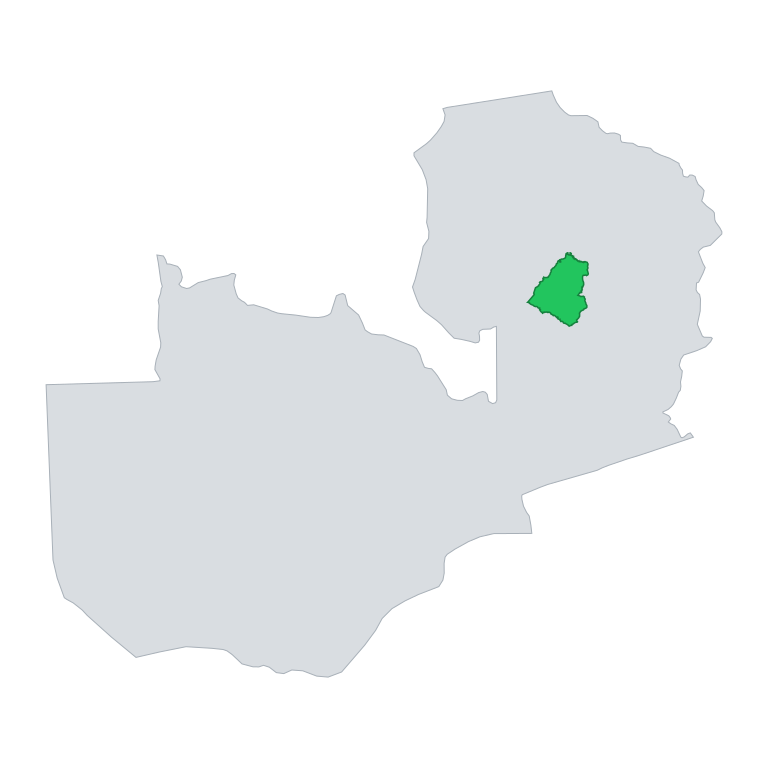 Kanchibiya, Muchinga, Zambia (highlighted)
{"feature_id": "96606910B88888220258727", "entity_name": "Kanchibiya", "entity_type": "district", "adm_level": 2, "iso_a3": "ZMB", "parent_name": "Zambia", "parent_adm1": "Muchinga", "projection": "orthographic", "projection_center": [30.974, -11.535], "detail": "fine", "context": "in_parent", "style": "filled", "palette": "green", "viewbox_px": 768, "rotation_deg": 0, "n_neighbors": 0, "source": "geoboundaries", "source_scale": "gbopen_adm2", "svg_char_len": 9328}
<svg xmlns="http://www.w3.org/2000/svg" viewBox="0 0 768 768"><path d="M531.8,533.4L493.7,533.6L479.9,536.8L468.5,541.6L455.0,549.1L447.2,554.3L445.1,557.1L444.1,563.4L444.2,573.1L442.9,580.1L438.8,586.6L418.4,594.5L405.0,600.9L392.0,608.6L382.2,618.4L375.6,630.4L364.6,645.3L341.6,672.0L328.1,677.1L316.7,676.1L302.8,670.8L291.8,670.0L283.8,673.6L276.3,672.6L269.3,667.2L263.5,665.3L258.9,666.9L252.9,666.8L242.0,663.9L232.3,654.7L227.1,650.9L223.1,649.5L211.8,648.3L186.0,646.7L159.4,652.0L136.0,657.4L111.3,637.0L87.3,615.5L82.2,610.0L73.2,602.9L66.8,599.4L64.3,597.7L57.2,578.1L53.0,560.0L46.1,384.7L153.0,381.7L159.9,380.8L160.1,378.9L154.9,369.6L155.1,366.3L156.2,359.9L160.6,347.1L160.8,342.8L158.2,329.0L158.2,321.3L159.1,305.7L158.2,300.4L160.6,293.3L161.3,288.6L162.3,286.6L160.9,281.3L158.3,262.7L156.9,255.0L163.4,256.0L165.6,259.8L166.9,263.9L169.9,264.1L177.6,266.4L180.4,269.8L182.3,277.2L181.3,281.0L178.9,284.2L181.4,286.8L186.6,288.5L189.6,287.9L198.2,282.6L206.1,280.6L210.2,279.2L228.0,275.5L231.5,273.6L234.0,273.5L235.8,274.9L234.3,280.2L233.8,285.0L236.2,293.8L238.0,297.9L241.7,300.8L244.5,302.3L247.5,305.4L253.7,304.8L267.5,309.0L271.7,311.0L277.5,313.0L281.6,313.7L295.7,315.1L310.6,317.3L318.4,317.5L323.8,316.7L327.6,315.4L330.0,313.9L331.0,312.7L336.4,295.8L339.3,294.4L342.9,293.5L345.1,295.0L347.7,305.6L358.6,315.0L362.4,323.0L365.1,329.9L367.5,331.7L371.6,334.0L378.2,334.8L384.0,335.0L413.1,346.4L416.4,348.5L420.0,354.7L422.2,361.8L424.5,367.3L428.3,368.4L431.6,368.8L435.0,372.6L437.5,375.9L446.2,389.7L447.4,395.2L451.6,398.8L457.3,400.3L462.5,400.5L465.5,398.8L472.8,395.9L478.6,392.6L482.8,391.5L485.3,392.2L487.2,394.4L488.5,401.3L492.6,403.6L495.6,402.7L496.8,400.0L496.8,398.6L496.4,326.4L493.8,327.0L490.4,329.0L482.8,329.3L479.8,330.8L478.9,333.1L479.5,336.2L479.6,340.2L478.5,342.2L475.2,342.9L470.3,341.4L461.4,339.4L454.1,338.2L448.7,332.8L441.5,324.7L436.8,320.6L425.4,312.2L423.5,310.5L420.0,306.5L417.0,299.8L414.1,292.0L412.5,287.0L415.2,279.4L421.6,254.3L423.1,246.5L428.6,238.5L428.9,231.4L426.6,222.4L427.1,217.4L427.7,188.7L426.1,179.7L422.3,169.7L414.0,155.8L414.0,152.8L426.6,143.6L430.4,140.2L436.9,132.8L441.3,126.5L444.1,121.4L445.1,114.9L442.9,108.7L447.3,107.4L551.8,90.9L553.3,95.2L556.5,102.3L560.1,107.5L564.6,112.1L568.4,114.9L570.9,115.7L587.1,115.5L592.9,118.3L597.9,121.8L599.1,127.3L602.4,130.7L606.0,133.4L607.6,133.7L610.2,133.1L614.5,133.0L618.5,134.2L620.4,135.4L620.6,140.0L621.8,142.1L627.2,142.9L632.8,143.3L638.1,146.4L643.9,147.0L650.6,148.3L653.7,151.6L660.8,155.1L669.5,158.2L679.0,163.4L679.2,164.9L680.8,167.9L682.5,170.1L682.6,173.3L683.4,176.2L685.8,176.9L687.9,177.1L689.8,175.0L692.3,175.1L695.1,176.5L696.1,179.9L698.2,184.4L701.7,187.6L704.1,190.6L703.2,196.0L701.7,201.0L706.5,206.0L712.7,210.7L714.3,212.8L714.8,219.7L715.7,222.1L719.9,227.9L721.9,231.8L721.8,234.0L710.3,245.4L703.3,247.1L700.3,249.4L698.4,251.8L702.8,263.2L705.2,267.6L703.1,273.0L698.6,282.2L696.5,283.0L696.1,289.9L697.4,292.5L699.6,294.5L700.5,299.2L700.2,311.0L697.3,324.3L702.3,336.0L704.0,337.2L711.1,337.4L712.3,338.4L710.6,341.7L705.6,346.8L696.6,350.7L683.7,355.0L680.9,359.1L679.2,365.3L680.6,368.9L682.3,370.9L681.7,376.3L680.5,381.9L680.9,386.3L680.3,390.3L678.6,392.2L676.3,398.1L673.5,404.0L671.3,406.7L668.0,409.5L662.9,411.9L663.0,413.0L668.8,415.8L670.2,417.7L670.7,419.0L668.3,422.0L671.0,423.9L674.2,425.4L677.2,429.4L680.7,436.9L681.3,437.6L682.3,437.7L684.2,436.9L687.7,433.9L690.3,432.9L693.4,437.2L639.7,455.2L627.1,459.0L608.4,465.4L602.3,467.8L597.4,470.2L547.6,484.5L539.9,487.4L522.3,494.7L521.7,495.9L521.9,499.3L523.5,506.2L526.6,512.4L529.2,516.0L530.9,525.3L531.8,533.4Z" fill="#d9dde1" stroke="#a8b0b8" stroke-width="1"/><path d="M535.5,287.7L533.7,293.2L534.0,293.5L534.0,294.3L534.2,294.6L528.0,301.9L527.6,302.3L528.9,302.5L529.0,302.6L529.1,303.0L529.4,303.2L529.6,303.1L529.7,303.4L530.0,303.7L531.2,304.5L533.1,305.2L534.1,306.1L535.5,306.6L536.8,306.5L537.4,306.9L538.1,307.9L538.9,308.1L539.1,308.0L539.3,308.0L539.1,308.3L539.2,308.5L539.3,308.5L539.5,309.1L539.7,309.3L539.7,309.2L539.9,309.2L539.8,309.5L540.2,309.5L540.3,309.6L539.9,310.0L540.2,310.2L540.1,310.4L540.3,310.8L540.5,311.1L540.7,311.3L541.1,311.9L541.3,312.0L541.6,312.2L541.9,312.3L542.1,312.6L542.3,312.9L542.4,312.7L542.5,312.8L542.7,312.6L542.8,312.7L542.9,312.9L543.0,312.8L543.1,313.0L543.1,312.8L543.8,312.6L543.7,312.4L544.1,312.1L544.3,312.2L544.7,312.1L545.8,312.2L546.5,312.0L547.3,312.3L547.5,312.1L547.9,312.2L548.1,312.5L548.5,312.3L548.8,312.1L549.2,312.2L549.3,312.3L549.7,312.3L550.1,312.6L550.3,312.8L550.5,312.9L550.5,313.0L550.4,313.1L550.8,313.9L551.0,314.0L551.2,313.9L551.5,314.3L551.9,314.4L552.1,314.5L552.3,314.6L552.5,315.0L553.0,315.0L553.6,315.4L553.6,315.5L554.0,315.3L554.5,315.5L555.4,316.1L556.3,317.1L556.5,317.2L557.5,317.0L557.9,317.1L558.0,317.7L557.9,318.0L558.1,318.3L558.0,318.6L557.9,318.6L558.1,318.8L558.1,319.0L558.6,319.1L558.9,319.2L559.0,319.3L559.3,319.4L559.7,319.6L559.9,320.0L560.0,319.9L560.0,320.1L560.3,320.3L560.3,320.5L560.5,320.6L560.8,321.5L561.2,321.5L561.3,321.4L561.5,321.4L561.9,321.4L562.3,321.4L562.6,321.5L563.3,322.4L563.3,322.7L563.5,323.0L564.5,323.3L565.4,323.3L565.9,323.8L566.8,324.2L567.9,325.0L568.3,325.2L568.4,325.3L568.6,325.8L569.1,326.0L569.6,326.1L570.4,325.5L571.1,325.4L571.8,325.4L571.9,325.2L571.9,324.5L573.4,323.9L574.2,323.1L575.3,322.5L576.0,322.3L577.1,322.2L577.5,321.8L576.9,321.1L576.6,319.9L577.2,319.5L578.2,318.4L578.6,318.0L578.9,317.6L579.2,316.8L579.5,316.6L579.6,316.2L579.6,315.2L579.7,314.8L579.5,314.1L579.5,313.7L579.4,313.3L579.5,313.0L579.8,312.9L579.8,312.7L580.0,312.2L580.4,311.9L580.6,311.4L581.9,310.6L582.3,310.3L583.5,309.9L583.8,309.4L584.1,308.7L584.7,308.7L585.5,308.3L585.9,308.2L586.6,307.6L586.9,307.1L586.8,306.6L586.9,306.1L586.8,305.3L586.3,304.7L586.0,304.1L585.8,302.9L585.1,301.4L584.8,300.4L584.8,300.2L585.1,299.7L585.1,298.9L584.5,298.2L584.3,297.4L584.4,297.0L583.8,296.6L583.6,296.3L583.4,296.2L582.7,296.4L581.9,296.3L581.3,296.5L580.9,296.6L580.2,296.1L577.9,295.3L578.0,295.2L578.4,295.1L578.3,294.8L578.5,294.6L578.9,293.9L579.4,293.5L579.4,293.3L579.4,293.2L580.0,292.8L580.0,292.6L580.4,292.5L580.6,292.6L580.6,292.4L580.8,292.5L580.9,292.3L581.1,292.3L581.0,292.2L581.2,291.9L581.3,291.9L581.6,291.3L581.8,291.0L581.8,290.7L581.9,290.4L582.0,290.2L581.9,290.2L582.0,290.1L581.9,289.7L582.0,289.5L582.0,289.3L581.9,289.0L582.1,288.8L582.0,288.0L582.1,287.9L582.0,287.6L582.2,287.4L582.1,287.2L582.3,287.2L582.6,287.2L582.8,286.9L582.7,286.6L583.0,286.3L583.0,286.1L583.2,285.9L583.2,285.7L583.6,285.1L583.6,284.5L583.7,284.4L583.6,282.6L583.5,282.1L583.1,281.3L582.7,280.0L582.6,278.8L582.5,278.4L582.6,276.6L583.0,275.5L583.2,275.3L584.6,275.3L585.1,275.1L585.5,275.1L586.1,275.2L586.5,275.6L587.2,275.2L587.9,274.8L588.3,273.8L587.5,270.6L587.1,270.1L587.0,269.9L587.8,268.7L587.7,268.2L587.9,267.8L587.8,267.5L587.8,267.3L587.6,266.9L587.5,266.5L587.8,265.7L587.7,265.6L587.7,265.4L587.6,265.2L587.7,264.9L587.8,264.9L588.0,264.5L588.0,263.9L587.5,263.2L587.2,263.3L587.4,263.1L587.4,262.9L587.3,262.5L587.2,262.5L587.1,262.4L586.6,262.2L586.2,262.0L585.9,262.0L585.4,261.8L585.2,261.7L585.1,261.9L584.7,261.8L584.6,262.1L584.4,262.1L584.3,261.9L583.8,261.8L583.6,262.1L583.5,261.9L583.0,262.1L582.9,262.1L583.0,262.3L582.9,262.3L582.5,262.2L582.4,262.2L582.3,261.9L581.9,261.7L581.7,261.8L581.4,261.7L580.8,261.7L580.7,261.4L580.3,261.7L580.2,261.5L579.7,261.4L579.6,261.5L579.4,261.6L579.4,261.4L579.1,260.9L578.9,261.2L578.6,261.0L578.2,260.9L577.9,261.1L577.2,260.2L577.0,260.3L576.8,260.1L576.9,259.9L576.6,259.8L576.7,259.6L576.5,259.4L576.2,259.6L575.7,259.2L575.8,259.0L575.6,258.8L575.4,258.8L575.3,258.7L574.7,258.6L574.8,258.5L574.7,258.4L574.5,258.6L574.3,258.4L574.2,258.7L573.9,258.2L573.8,257.7L573.7,258.0L573.5,257.6L573.3,257.7L572.9,257.6L572.9,257.4L573.0,256.8L572.7,256.7L572.8,256.1L572.7,256.0L572.3,256.0L572.4,255.7L572.0,255.5L571.8,255.6L571.5,255.4L571.0,255.4L570.7,255.3L570.6,254.7L571.2,254.0L571.3,253.7L571.1,253.3L570.4,252.8L570.2,252.8L569.9,253.0L570.2,253.6L570.2,254.1L570.0,254.5L569.4,255.0L569.1,255.1L568.8,255.0L568.4,254.5L568.1,254.3L567.0,254.3L567.0,254.1L567.1,253.8L568.0,253.0L567.9,252.8L567.4,252.8L566.2,253.6L565.9,254.1L566.0,255.1L565.7,255.5L565.6,257.2L565.4,257.8L563.6,258.8L562.5,259.1L561.8,259.0L560.9,259.5L560.5,259.5L559.7,259.8L559.7,260.0L559.9,260.4L560.4,260.7L560.7,261.5L560.7,262.0L560.4,262.1L559.8,262.0L559.3,261.1L558.8,260.6L558.6,260.6L558.2,260.8L557.5,262.2L557.5,263.2L557.1,263.6L556.7,263.6L556.2,264.1L556.2,264.6L556.0,265.4L555.2,266.2L554.5,267.0L554.3,267.5L554.0,267.7L553.8,267.7L553.1,268.1L552.9,268.1L552.6,268.3L552.5,268.5L552.1,268.8L551.8,269.5L551.2,269.8L551.0,270.3L551.3,270.8L551.0,272.0L550.2,273.3L550.2,273.7L550.1,274.3L549.8,274.8L549.2,275.4L548.9,276.1L548.1,276.8L548.1,277.3L547.0,277.6L546.4,277.5L544.7,277.6L544.3,277.5L543.9,277.2L543.8,277.8L543.6,277.9L543.2,278.0L542.9,278.4L542.9,278.7L543.4,278.7L543.4,279.1L543.6,279.3L543.3,279.6L542.9,280.4L542.8,280.9L542.0,281.4L541.4,281.6L540.2,281.7L540.0,282.4L539.7,282.5L540.0,282.9L540.1,283.0L539.8,283.9L539.6,284.2L538.5,285.5L538.6,285.8L537.2,286.9L536.4,287.1L536.2,287.5L535.5,287.7Z" fill="#22c55e" stroke="#15803d" stroke-width="1.5"/></svg>